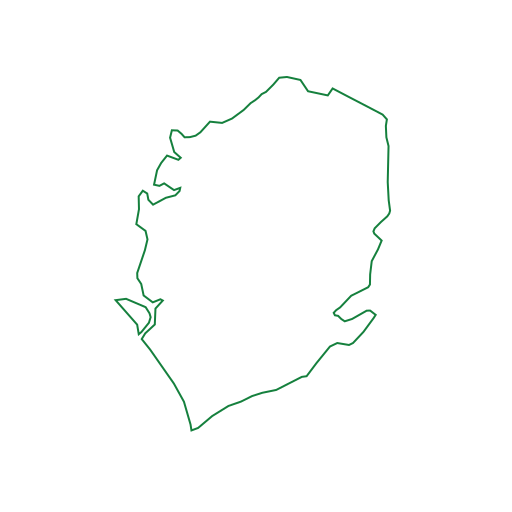 map outline of Sierra Leone (Equal Earth projection), rotated 28°
{"feature_id": "SLE", "entity_name": "Sierra Leone", "entity_type": "country or territory", "adm_level": 0, "iso_a3": "SLE", "parent_name": "Africa", "parent_adm1": "", "projection": "equal_earth", "projection_center": [-11.928, 8.452], "detail": "fine", "context": "isolated", "style": "outline", "palette": "green", "viewbox_px": 512, "rotation_deg": 28, "n_neighbors": 0, "source": "natural_earth", "source_scale": "50m", "svg_char_len": 1664}
<svg xmlns="http://www.w3.org/2000/svg" viewBox="0 0 512 512"><g transform="rotate(28 256 256)"><path d="M389.3,251.8L389.0,255.5L386.5,272.6L382.5,287.3L379.9,290.9L368.6,294.7L363.8,301.2L359.7,322.0L357.1,338.4L353.2,341.2L336.7,364.8L325.8,373.8L318.3,381.5L311.1,391.6L302.1,401.3L292.5,417.8L285.6,435.0L280.9,440.3L277.3,435.5L260.8,418.5L243.4,407.2L206.4,388.3L194.1,383.0L194.5,376.3L198.8,364.0L191.9,349.6L194.6,339.1L191.9,339.1L186.6,345.4L175.3,343.6L167.8,334.6L161.7,331.3L159.1,326.8L155.2,303.1L152.4,292.3L146.7,285.7L135.4,284.1L130.7,269.6L124.4,258.4L125.4,251.5L130.6,251.9L134.6,256.9L141.0,259.0L149.1,246.9L156.3,240.3L158.0,234.5L157.1,231.4L152.7,236.3L140.8,235.0L137.8,239.4L132.5,240.9L128.4,226.7L128.6,218.3L130.3,209.1L142.3,207.5L143.4,204.6L135.0,202.6L124.6,191.9L122.7,184.5L127.9,182.0L132.9,183.1L137.2,184.7L141.8,182.1L146.2,178.1L148.8,172.9L152.3,159.0L163.6,154.4L170.3,145.9L176.6,132.7L179.5,123.5L182.1,118.8L183.8,114.8L185.0,110.4L187.8,106.4L190.8,96.6L192.8,87.7L199.3,83.4L212.6,79.7L224.6,86.1L244.0,80.5L245.0,72.1L262.8,72.0L283.9,71.8L301.4,71.7L307.4,73.9L309.6,80.2L315.4,90.0L321.4,96.7L328.9,111.6L337.6,128.9L347.0,144.5L353.1,153.0L353.7,155.9L353.3,159.3L350.4,167.2L347.8,175.8L348.1,179.1L349.9,180.7L359.7,183.4L360.6,192.9L360.6,206.2L365.4,218.6L370.0,227.7L369.7,230.9L358.7,246.4L354.4,261.9L352.2,266.2L351.3,269.7L353.5,271.3L356.6,270.3L360.9,271.6L365.0,272.0L370.4,266.5L379.4,252.3L382.4,250.6L389.3,251.8ZM190.5,377.0L189.2,380.1L183.3,372.4L152.8,360.9L161.4,354.8L182.6,353.0L188.9,356.6L191.7,359.5L192.8,365.2L190.5,377.0Z" fill="none" stroke="#15803d" stroke-width="2"/></g></svg>